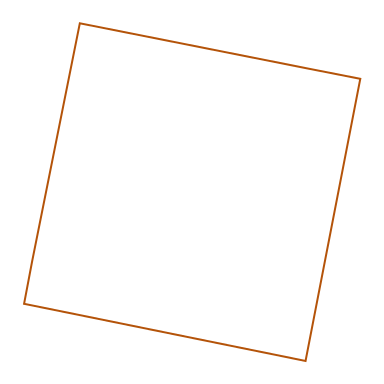 Callahan, Texas, United States of America, rotated 101°
{"feature_id": "52423323B72764612751760", "entity_name": "Callahan", "entity_type": "district", "adm_level": 2, "iso_a3": "USA", "parent_name": "United States of America", "parent_adm1": "Texas", "projection": "mercator", "projection_center": [-99.443, 32.297], "detail": "fine", "context": "isolated", "style": "outline", "palette": "amber", "viewbox_px": 384, "rotation_deg": 101, "n_neighbors": 0, "source": "geoboundaries", "source_scale": "gbopen_adm2", "svg_char_len": 252}
<svg xmlns="http://www.w3.org/2000/svg" viewBox="0 0 384 384"><g transform="rotate(101 192 192)"><path d="M58.6,48.4L48.8,48.4L48.7,99.9L47.8,334.3L290.7,335.7L333.8,335.5L336.2,48.3L58.6,48.4Z" fill="none" stroke="#b45309" stroke-width="2"/></g></svg>